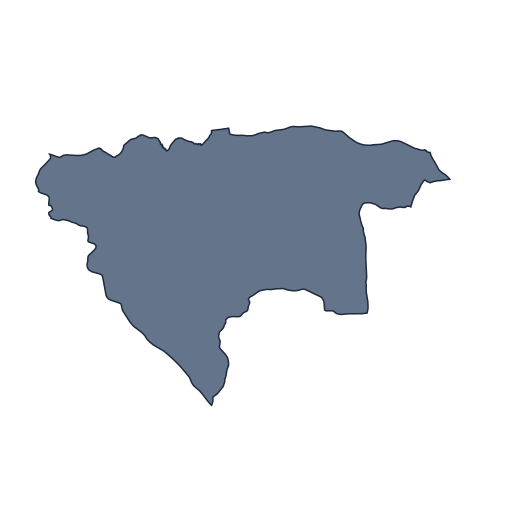 Soeng Sang, Nakhon Ratchasima, Thailand, rotated 80°
{"feature_id": "78962969B32036693641657", "entity_name": "Soeng Sang", "entity_type": "district", "adm_level": 2, "iso_a3": "THA", "parent_name": "Thailand", "parent_adm1": "Nakhon Ratchasima", "projection": "albers", "projection_center": [102.453, 14.379], "detail": "fine", "context": "isolated", "style": "filled", "palette": "slate", "viewbox_px": 512, "rotation_deg": 80, "n_neighbors": 0, "source": "geoboundaries", "source_scale": "gbopen_adm2", "svg_char_len": 6110}
<svg xmlns="http://www.w3.org/2000/svg" viewBox="0 0 512 512"><g transform="rotate(80 256 256)"><path d="M119.9,441.6L120.9,441.2L122.2,441.1L123.4,441.1L124.0,441.4L125.0,442.4L126.2,443.9L129.4,448.2L132.1,452.1L133.3,453.5L134.3,454.3L136.8,455.7L141.4,458.9L143.9,459.9L144.6,460.1L146.3,460.2L147.8,460.0L152.2,458.6L153.2,458.6L154.7,459.0L156.1,457.6L159.6,451.4L161.2,450.0L162.1,449.6L162.6,449.5L163.8,449.7L168.7,451.1L169.8,451.2L170.0,451.2L170.3,450.8L170.3,449.6L170.6,449.2L171.7,449.0L172.8,448.5L174.1,448.3L175.1,448.5L175.7,448.8L176.0,449.3L176.9,452.0L177.5,452.6L178.4,452.8L179.7,452.6L181.9,451.3L182.4,451.2L183.3,451.4L185.8,447.1L186.8,444.8L187.0,443.0L186.5,440.4L187.1,438.4L187.9,436.0L189.3,433.5L190.8,431.3L191.9,428.9L192.8,427.3L194.4,425.7L195.1,424.7L195.9,423.3L196.4,421.3L196.8,420.3L198.1,418.1L199.0,417.4L200.4,417.2L204.1,417.9L206.3,417.6L207.8,417.6L210.5,418.4L211.3,418.8L212.2,418.9L213.2,418.2L215.6,413.8L216.4,412.8L217.2,412.1L217.6,411.9L219.0,411.9L220.1,412.3L220.8,412.8L222.3,414.6L224.2,417.3L225.9,420.1L226.9,421.2L228.2,421.8L231.6,422.5L234.8,423.8L235.9,424.0L237.5,424.0L239.9,423.5L240.8,422.9L241.9,421.7L243.0,420.4L243.5,419.4L244.3,417.6L246.8,412.6L247.7,411.5L248.7,410.8L253.2,410.6L267.9,410.5L269.4,410.3L270.7,410.0L273.0,408.4L274.1,406.9L279.0,398.1L279.5,397.5L280.2,397.2L285.0,397.0L287.1,396.6L298.6,391.8L300.1,391.1L304.0,388.7L310.9,382.3L313.4,380.4L314.8,379.5L319.2,377.7L322.8,375.1L325.5,372.8L333.8,363.1L339.9,358.1L344.9,354.3L351.8,349.6L361.9,343.7L364.0,342.6L369.6,341.3L371.9,340.4L373.6,339.4L377.9,335.8L379.3,334.8L382.8,332.7L390.2,328.9L393.2,327.2L395.3,325.7L393.4,324.5L391.6,323.8L390.2,323.4L388.2,323.2L387.6,323.0L386.7,321.5L385.4,318.7L383.7,316.5L379.1,311.3L378.1,310.5L376.8,310.0L374.8,308.8L372.2,308.1L368.0,306.0L363.2,304.5L359.9,302.5L358.6,301.9L356.2,301.5L354.0,301.5L352.3,301.6L350.6,301.9L347.2,303.4L341.2,307.3L340.1,307.8L339.0,307.8L337.4,307.1L333.5,306.1L332.7,306.2L331.6,306.6L329.9,306.8L328.2,306.7L324.8,305.4L324.2,304.8L322.4,302.1L321.0,300.5L318.1,298.9L317.1,297.8L316.0,297.3L313.7,296.9L312.8,295.9L311.9,294.5L311.5,293.3L311.5,291.7L311.6,289.7L312.0,287.5L312.6,284.6L312.8,282.9L312.6,282.1L312.1,281.1L309.7,278.2L308.7,274.6L307.7,273.5L306.2,272.9L304.4,272.4L302.0,270.9L300.8,270.3L300.0,270.2L298.4,270.8L297.7,271.0L296.6,270.7L295.5,269.4L294.7,266.8L293.9,265.0L291.4,259.7L291.0,258.4L290.8,256.3L290.8,250.6L291.7,247.1L291.8,241.9L292.8,234.9L293.1,234.1L294.5,231.7L295.7,228.7L296.8,225.0L297.1,222.7L297.2,220.6L296.7,216.1L296.9,214.9L297.6,213.2L305.3,202.5L307.4,199.4L309.3,198.0L312.3,197.1L314.2,197.1L320.7,197.8L321.5,197.5L322.0,196.8L322.4,195.5L322.7,193.0L323.6,189.2L325.7,187.7L326.7,186.6L328.0,183.5L328.5,181.7L328.6,178.7L329.1,174.2L331.3,161.3L331.4,156.4L327.1,154.8L323.8,154.2L320.3,153.8L311.6,153.7L309.4,153.5L303.7,152.5L300.1,152.3L299.3,151.7L298.5,151.4L295.6,150.6L280.3,148.7L272.5,147.4L266.8,146.1L264.2,145.8L257.0,145.4L255.6,145.4L254.6,145.7L250.4,146.0L247.5,145.5L246.6,145.7L244.9,146.2L240.1,146.8L237.1,146.9L232.8,147.2L230.7,146.7L228.9,145.9L224.7,143.1L222.7,140.9L222.8,137.5L223.1,135.8L223.6,133.9L225.4,130.2L226.6,128.6L229.4,125.8L230.4,124.7L231.2,123.1L231.6,121.4L231.3,121.0L231.4,120.8L232.8,116.6L233.2,114.4L233.3,111.9L233.0,111.4L232.7,110.0L232.8,109.1L232.7,105.5L233.1,104.7L233.9,102.3L233.8,101.9L233.9,101.3L233.8,100.9L234.1,100.5L233.8,99.9L233.5,99.7L233.0,98.6L233.3,97.9L233.3,97.6L233.5,97.2L233.5,96.9L233.8,95.8L234.6,95.0L229.6,92.6L224.3,89.5L223.6,89.0L220.4,85.3L219.4,84.4L214.3,80.9L211.2,77.8L210.4,76.5L212.4,74.6L214.1,71.9L213.5,67.6L213.4,64.4L213.8,61.7L213.9,55.9L214.1,51.8L213.3,52.2L209.3,55.0L206.4,58.1L203.1,60.8L194.7,63.6L191.9,64.8L188.3,66.0L186.2,66.4L184.2,66.5L184.1,67.7L182.5,70.2L182.4,70.3L181.8,70.0L180.7,71.4L180.9,73.1L180.7,74.2L179.7,76.5L178.4,78.8L177.9,80.4L176.7,82.2L172.3,88.1L168.5,93.5L167.5,95.5L166.9,97.3L166.4,100.2L166.4,101.6L166.9,106.6L167.7,112.9L167.4,116.1L166.8,121.3L166.8,124.5L165.3,130.7L164.0,133.4L161.5,137.5L155.6,143.5L149.1,148.7L148.0,150.1L147.4,151.7L146.9,156.2L143.9,165.7L141.1,170.4L137.7,178.7L136.2,191.7L134.9,196.7L134.9,198.4L134.9,200.3L135.5,202.7L136.1,206.8L135.7,215.1L136.0,217.4L136.4,218.7L136.8,222.8L135.5,226.0L135.5,227.0L135.8,232.5L136.5,235.4L136.9,239.2L136.4,241.6L136.2,243.7L134.8,248.1L134.1,252.7L133.3,256.1L131.9,259.6L131.0,260.7L125.4,260.7L125.2,268.4L124.7,277.9L124.9,278.1L125.9,278.3L126.6,278.3L127.9,278.9L129.5,280.8L130.6,281.5L131.0,281.7L131.6,282.5L132.2,282.9L133.2,284.7L136.6,288.8L137.4,290.7L137.4,290.9L137.0,291.2L136.8,290.9L136.7,291.3L135.8,291.2L135.7,291.5L135.8,292.2L135.6,292.7L135.9,293.3L135.7,293.4L135.8,293.9L136.0,294.0L135.4,294.5L135.2,294.9L135.4,295.2L135.4,295.7L135.1,296.2L134.7,296.4L134.8,297.2L133.0,298.7L133.0,299.1L132.2,299.9L131.7,301.7L131.4,302.4L129.6,305.4L126.8,309.1L126.3,312.2L126.9,312.4L126.9,314.4L127.1,314.9L127.9,315.8L130.7,319.3L132.7,321.3L135.4,322.9L135.9,323.4L136.8,324.6L137.0,325.4L136.8,325.9L136.2,326.0L135.8,326.6L135.1,326.4L134.8,327.2L134.6,327.3L134.2,327.1L133.4,328.2L133.3,328.7L132.5,329.3L132.1,329.3L131.8,328.8L131.6,329.1L130.7,328.8L130.5,329.0L130.5,329.4L129.7,329.3L129.7,330.0L129.3,330.2L129.2,330.6L128.2,330.4L127.9,330.6L127.2,330.5L126.7,330.8L126.3,331.3L125.7,331.3L124.7,331.8L123.9,331.7L123.6,331.9L121.8,334.6L121.6,335.8L121.4,339.0L121.0,340.6L117.5,345.8L116.9,347.6L116.7,348.5L117.4,349.9L117.6,351.1L118.9,353.3L119.1,353.7L119.4,358.7L120.1,360.4L124.0,366.8L124.5,367.2L125.8,367.5L127.9,368.6L130.0,370.2L131.2,371.5L131.9,372.5L132.7,374.1L133.4,376.3L134.2,377.4L134.2,377.9L133.8,379.0L133.7,379.9L133.3,380.1L133.0,380.5L132.0,381.3L131.0,382.7L127.2,386.9L126.4,388.2L124.9,389.2L124.4,389.9L123.8,389.9L123.2,390.5L123.3,391.0L122.4,391.8L123.7,398.0L126.0,404.8L126.3,406.0L126.5,411.0L125.9,415.0L123.5,425.1L123.4,427.1L123.5,428.7L124.4,430.6L124.8,432.7L120.5,440.2L119.9,441.6Z" fill="#64748b" stroke="#1e293b" stroke-width="1.5"/></g></svg>